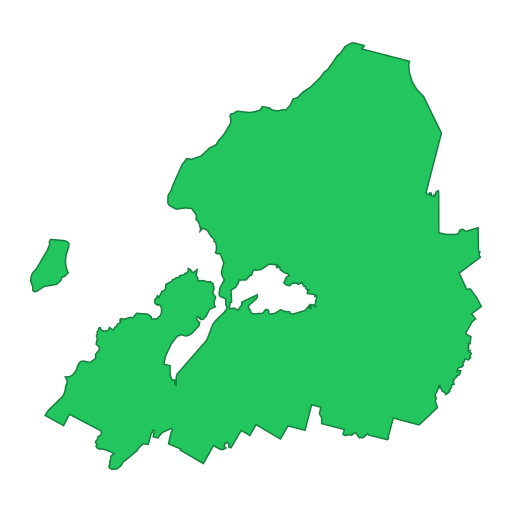 Porirua City, Wellington, New Zealand (Mercator projection)
{"feature_id": "76426892B55441287291699", "entity_name": "Porirua City", "entity_type": "district", "adm_level": 2, "iso_a3": "NZL", "parent_name": "New Zealand", "parent_adm1": "Wellington", "projection": "mercator", "projection_center": [174.863, -41.084], "detail": "fine", "context": "isolated", "style": "filled", "palette": "green", "viewbox_px": 512, "rotation_deg": 0, "n_neighbors": 0, "source": "geoboundaries", "source_scale": "gbopen_adm2", "svg_char_len": 6051}
<svg xmlns="http://www.w3.org/2000/svg" viewBox="0 0 512 512"><path d="M353.6,42.8L351.1,43.2L345.1,46.5L340.4,53.4L337.4,55.6L327.8,69.5L324.3,72.0L320.2,77.6L310.9,86.8L302.9,92.1L297.5,97.7L293.1,98.9L290.1,105.5L285.9,109.9L282.2,109.8L277.9,111.0L272.0,110.0L269.7,108.0L262.9,106.6L261.7,107.2L260.4,110.0L253.9,111.9L249.5,112.5L237.0,111.2L233.6,113.4L230.9,114.0L230.0,116.0L231.0,120.1L230.4,123.7L223.8,134.6L218.3,140.8L216.1,144.7L209.2,148.3L201.3,155.9L191.7,159.3L186.7,158.7L181.9,165.1L172.2,186.8L171.5,189.7L168.1,195.3L167.8,203.1L169.5,205.6L176.2,209.2L185.4,207.9L191.6,208.5L195.7,214.0L196.8,217.2L196.1,217.7L196.1,219.8L197.6,220.9L199.3,223.8L200.1,227.4L200.7,227.5L200.1,231.1L202.8,228.3L207.2,230.1L210.6,235.8L214.3,239.7L213.9,241.4L215.6,242.3L216.5,246.5L216.3,250.5L215.4,252.8L217.0,253.7L220.2,253.7L223.8,263.1L221.6,271.2L221.7,274.6L224.3,279.9L220.0,287.8L219.0,294.1L220.2,296.5L225.6,298.6L226.0,305.7L227.1,306.4L226.4,309.4L224.0,312.5L215.6,320.6L212.8,324.5L206.7,340.2L177.2,374.0L176.3,376.4L176.2,385.2L175.3,384.7L175.4,382.8L174.8,384.0L174.7,380.0L172.3,380.0L170.9,377.3L170.1,374.0L170.1,365.7L163.8,364.1L165.6,355.9L171.2,344.0L177.4,336.0L179.8,335.5L180.3,334.5L185.5,336.0L189.1,335.2L192.2,333.1L199.4,325.2L198.9,323.6L199.8,322.7L197.8,321.0L196.5,318.6L196.7,317.3L197.8,316.7L198.9,318.0L200.1,317.6L199.9,318.8L200.9,319.6L203.7,319.0L206.2,316.0L209.6,309.2L215.3,306.7L214.1,304.5L214.4,300.0L215.6,298.1L215.3,296.6L212.5,293.0L214.0,289.1L213.3,284.1L210.4,281.7L207.0,281.9L204.1,280.6L198.0,280.8L197.7,277.9L196.2,275.8L197.1,269.7L193.6,272.5L191.8,271.9L190.5,269.7L188.3,268.5L188.2,270.6L187.0,273.1L185.3,273.2L183.6,275.0L179.8,275.5L178.8,277.5L176.1,277.6L173.9,279.7L172.7,279.5L171.6,281.4L166.1,284.2L165.2,289.8L161.8,291.5L159.8,296.0L158.6,296.7L160.0,297.2L157.5,296.7L157.6,295.0L156.8,297.5L154.5,300.1L155.1,301.3L154.6,302.6L156.0,304.2L157.5,305.2L159.5,304.5L161.5,307.9L161.5,312.4L160.4,315.5L156.7,318.9L151.6,319.0L151.1,316.6L147.7,314.1L136.6,313.3L132.7,317.9L130.8,317.3L123.1,319.4L121.3,318.4L120.1,319.4L120.5,320.3L119.9,320.9L120.8,321.5L120.4,322.6L117.2,324.3L116.6,326.3L114.9,327.3L113.2,330.2L109.5,327.4L108.4,330.2L104.1,331.4L101.1,330.0L100.3,327.6L98.7,328.1L98.4,330.6L97.2,331.8L97.3,334.2L96.4,335.7L97.3,338.3L96.1,344.2L98.8,346.5L99.6,349.3L95.7,354.2L95.5,358.5L90.0,362.5L83.5,361.0L80.4,361.6L78.4,364.1L76.1,370.6L73.1,374.5L69.9,376.6L65.3,376.9L67.3,381.1L67.2,382.7L65.8,386.0L64.8,392.0L62.9,396.2L48.3,410.4L45.1,415.4L63.6,425.6L69.4,414.3L101.3,431.0L101.1,434.8L97.9,436.8L97.1,440.2L95.9,440.9L95.6,442.8L96.9,444.0L96.0,446.3L97.4,448.2L99.6,449.2L102.0,448.9L106.9,450.3L114.2,453.5L110.8,456.1L110.4,460.5L109.5,462.0L110.1,464.5L109.1,465.3L109.1,467.7L111.7,469.2L116.9,469.0L121.1,465.5L124.1,460.5L124.9,460.7L136.7,451.0L139.5,447.1L143.2,443.7L148.2,444.5L151.2,433.8L152.6,432.1L152.5,430.1L154.7,430.5L153.1,436.8L157.8,437.9L162.0,432.6L171.6,428.4L172.5,430.0L171.0,432.7L168.5,443.8L181.0,449.1L180.3,450.1L203.3,463.6L213.5,445.6L220.5,449.5L223.3,449.5L225.9,447.9L224.2,446.6L224.9,443.5L227.6,442.5L228.9,444.5L228.8,447.0L231.0,447.8L241.2,430.4L249.8,435.5L256.1,424.6L280.4,439.0L288.0,425.9L305.0,430.3L311.6,404.8L320.8,407.2L319.4,413.8L321.6,417.6L321.7,423.6L344.3,429.5L343.0,434.3L345.3,435.6L348.3,434.7L352.0,435.2L353.3,433.5L355.7,432.9L359.2,437.8L363.2,437.6L367.7,433.8L369.2,435.2L387.4,439.7L388.6,438.2L388.1,437.2L393.3,418.1L419.1,424.9L437.5,407.5L435.2,401.1L436.5,398.1L434.8,395.7L437.6,390.3L438.7,385.6L440.2,385.6L439.8,388.1L441.2,388.2L441.9,390.8L445.0,392.7L445.8,394.6L449.8,391.6L449.2,390.7L451.4,387.5L451.5,385.1L454.2,384.2L453.0,381.6L454.0,380.7L453.5,379.3L456.8,376.8L456.9,375.7L459.4,374.8L460.4,372.5L460.0,372.0L460.7,370.7L458.7,370.4L457.2,371.4L457.5,369.1L458.7,367.7L462.5,366.7L463.3,364.8L462.5,363.5L464.3,361.4L464.6,359.1L468.8,359.9L470.5,357.5L469.8,357.5L469.7,356.4L471.4,353.3L469.3,352.0L470.2,350.5L468.1,350.8L468.9,347.8L467.8,346.5L468.8,345.3L468.3,343.8L470.1,343.7L470.9,336.6L465.9,334.1L466.2,332.0L472.6,321.1L475.6,319.1L471.6,313.8L481.3,306.4L476.5,297.4L470.2,288.9L466.6,289.3L459.2,273.1L480.4,257.3L479.3,255.4L479.2,253.7L480.0,251.9L478.5,251.2L478.1,227.7L465.8,231.4L462.6,229.2L459.6,230.3L458.8,233.1L456.7,234.5L446.3,234.4L438.8,232.8L438.7,192.2L438.2,190.8L436.2,191.8L435.1,195.7L434.1,194.9L433.8,196.4L431.5,195.7L431.3,193.2L429.5,192.9L430.2,195.0L427.3,194.2L426.0,192.7L441.4,133.2L423.6,96.5L417.1,89.9L412.4,82.3L409.4,72.7L408.8,66.7L409.2,61.2L361.9,49.0L364.3,45.6L353.6,42.8ZM261.2,269.5L269.2,264.1L276.8,264.8L277.2,265.5L276.3,265.4L276.6,267.1L277.6,265.7L277.8,267.5L279.5,266.7L280.4,270.0L285.2,273.1L287.7,273.5L289.1,276.0L286.9,276.6L285.5,278.6L285.1,280.8L283.8,282.3L284.1,283.2L286.6,285.1L289.7,285.7L292.4,283.3L298.8,283.0L297.6,283.7L298.1,284.3L300.6,283.4L301.6,282.0L304.0,286.4L305.1,286.2L306.0,288.8L306.9,289.4L307.1,288.7L307.4,290.2L309.0,289.9L307.3,292.4L307.5,293.6L314.3,294.5L315.1,295.5L314.9,296.4L316.4,295.6L316.6,298.7L315.6,300.5L315.5,304.0L314.5,305.0L316.1,307.2L313.6,305.0L310.9,304.6L310.9,309.2L309.9,306.3L309.2,307.2L309.2,305.5L305.2,310.4L293.1,314.1L290.2,313.6L289.7,311.9L284.1,311.3L280.8,309.6L275.0,313.3L270.1,314.1L268.8,313.3L268.5,310.4L267.0,309.4L265.4,309.8L262.8,313.3L252.4,313.9L250.6,311.9L250.5,310.1L248.7,308.5L248.5,305.7L256.2,298.9L257.4,297.1L257.3,294.8L241.9,302.1L241.6,305.2L237.7,310.3L234.3,308.1L229.5,308.8L229.9,303.0L231.6,302.2L231.0,290.2L235.7,287.3L238.7,282.1L238.8,280.1L246.2,279.9L250.0,275.2L251.4,275.4L253.1,270.6L254.4,269.6L256.0,270.4L261.2,269.5ZM64.7,240.7L50.6,239.4L49.3,242.1L49.6,244.8L47.3,250.3L36.5,268.6L32.6,273.0L31.1,276.6L30.7,281.3L32.9,287.0L32.8,290.4L34.1,291.6L36.5,291.5L44.0,286.5L56.8,284.3L60.7,280.7L61.7,277.7L64.7,276.3L68.2,272.9L66.4,268.5L65.4,261.9L66.0,255.5L68.9,245.8L68.9,243.6L67.5,241.9L64.7,240.7Z" fill="#22c55e" stroke="#15803d" stroke-width="1.5"/></svg>